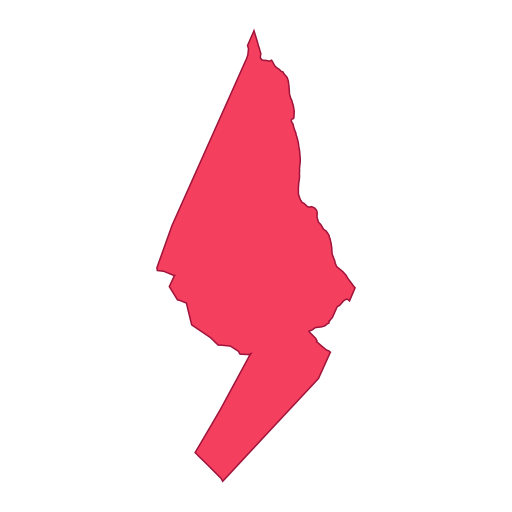 Monjas, Oaxaca, Mexico
{"feature_id": "50627088B56439767998561", "entity_name": "Monjas", "entity_type": "district", "adm_level": 2, "iso_a3": "MEX", "parent_name": "Mexico", "parent_adm1": "Oaxaca", "projection": "robinson", "projection_center": [-96.624, 16.374], "detail": "fine", "context": "isolated", "style": "filled", "palette": "rose", "viewbox_px": 512, "rotation_deg": 0, "n_neighbors": 0, "source": "geoboundaries", "source_scale": "gbopen_adm2", "svg_char_len": 2654}
<svg xmlns="http://www.w3.org/2000/svg" viewBox="0 0 512 512"><path d="M222.7,481.3L228.3,475.3L267.5,433.1L318.5,378.5L330.1,352.8L330.4,352.2L328.8,350.9L326.3,349.9L321.4,345.8L316.6,341.7L316.9,340.9L317.0,340.8L315.6,338.3L308.9,331.5L308.9,331.1L311.5,330.3L312.3,329.8L314.0,328.6L315.1,327.7L316.3,327.5L317.8,327.3L321.2,326.9L322.5,326.6L323.7,326.2L325.0,325.7L325.6,325.4L326.0,324.9L326.3,324.6L327.5,323.7L328.8,323.2L329.0,322.5L329.1,322.0L329.2,321.1L329.4,321.2L330.7,319.4L332.4,317.5L337.2,306.7L338.7,305.9L339.3,305.6L340.7,304.2L343.8,300.6L345.2,299.8L346.8,299.1L347.5,299.2L349.5,300.9L352.7,293.5L355.1,287.8L353.4,285.9L352.3,284.3L350.6,282.0L347.9,278.5L346.9,276.7L346.1,275.3L342.9,271.7L340.4,269.7L336.6,266.5L335.0,262.5L334.8,260.9L333.5,257.7L332.1,253.9L331.8,248.5L331.1,243.2L330.7,241.6L330.1,239.0L329.2,236.5L329.1,235.6L327.8,233.3L326.1,231.0L323.5,229.2L322.6,227.6L321.8,226.2L320.8,224.6L318.4,222.0L317.0,217.1L317.2,212.6L316.6,210.4L315.7,209.2L315.4,209.0L314.6,208.0L312.7,207.1L311.1,206.6L309.2,207.2L307.6,206.6L306.8,206.1L306.0,205.2L304.5,203.8L303.9,203.3L302.1,202.4L300.3,199.6L299.3,196.8L298.4,193.9L298.4,189.9L298.4,188.3L298.7,183.5L299.4,178.8L299.6,175.6L299.4,174.7L299.6,170.6L299.5,168.7L300.0,163.9L300.2,162.0L300.3,159.1L300.0,155.7L299.6,150.9L298.9,147.2L298.3,142.6L297.5,139.2L296.6,136.1L296.0,134.4L296.0,133.4L295.0,130.9L293.7,127.1L293.1,124.4L292.5,123.1L291.9,122.4L291.3,121.1L291.4,120.1L292.2,119.0L293.4,118.6L293.9,117.6L294.0,115.5L294.1,113.7L294.2,112.3L294.2,111.0L294.0,110.0L293.9,108.9L293.5,106.7L293.0,104.5L292.3,102.5L292.0,100.9L290.7,98.1L289.5,94.0L289.4,92.0L289.2,88.8L289.0,86.4L288.7,84.3L288.5,82.6L288.4,81.2L287.1,77.4L286.4,76.6L283.8,73.6L283.1,72.0L280.9,71.2L279.5,69.5L277.4,68.2L276.2,67.2L275.1,66.2L274.2,64.9L272.6,61.8L271.6,60.2L269.6,61.1L267.6,60.8L266.1,60.4L263.8,60.3L262.5,60.1L261.6,59.7L261.2,58.8L260.5,58.2L260.3,57.5L260.4,56.4L260.5,55.6L260.6,54.8L260.9,54.0L260.5,52.6L260.1,51.3L259.3,48.2L258.3,45.3L257.5,42.2L254.0,30.7L247.5,45.6L248.5,48.6L248.2,51.5L247.8,55.1L246.4,59.0L245.2,61.6L233.2,88.6L172.0,225.5L156.9,267.7L157.3,270.5L163.8,271.3L173.2,275.2L174.6,275.4L174.3,275.8L169.3,286.6L177.5,299.9L180.1,300.5L185.4,302.7L186.3,302.8L191.5,324.2L191.7,324.9L210.3,337.5L212.9,339.9L214.9,342.0L218.2,345.1L221.6,345.2L230.4,346.1L238.3,351.2L238.7,351.6L239.2,352.7L239.5,353.7L240.3,354.1L243.3,354.3L248.7,354.6L250.3,353.9L250.8,353.7L249.7,355.3L220.3,409.6L211.1,425.4L195.1,452.6L196.4,453.8L199.4,456.9L205.4,462.7L221.0,478.3L222.7,481.3Z" fill="#f43f5e" stroke="#9f1239" stroke-width="1.5"/></svg>